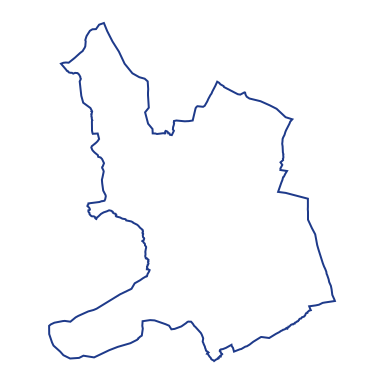 the district of Notodden nor, Telemark, Norway
{"feature_id": "86288312B98862303596044", "entity_name": "Notodden nor", "entity_type": "district", "adm_level": 2, "iso_a3": "NOR", "parent_name": "Norway", "parent_adm1": "Telemark", "projection": "mercator", "projection_center": [9.072, 59.692], "detail": "fine", "context": "isolated", "style": "outline", "palette": "blue", "viewbox_px": 384, "rotation_deg": 0, "n_neighbors": 0, "source": "geoboundaries", "source_scale": "gbopen_adm2", "svg_char_len": 5909}
<svg xmlns="http://www.w3.org/2000/svg" viewBox="0 0 384 384"><path d="M292.3,119.3L285.6,117.2L276.6,108.8L269.7,105.3L260.5,101.2L249.4,98.5L246.7,96.7L245.5,94.5L245.1,92.6L244.4,92.4L240.3,94.6L237.8,94.2L224.1,87.1L223.6,86.1L220.4,84.3L219.1,82.8L217.2,81.7L215.3,85.9L212.3,91.6L211.5,93.6L210.4,95.1L208.3,99.0L207.2,101.5L204.7,105.8L203.1,106.8L197.5,106.2L196.7,106.7L195.6,108.2L192.7,120.5L188.9,121.1L184.7,121.3L176.4,120.5L174.0,121.0L173.8,122.8L174.1,123.2L174.1,123.6L173.6,125.6L173.1,127.1L172.9,129.5L173.9,130.8L171.8,135.1L170.0,134.8L169.4,133.3L168.2,133.3L167.9,132.2L167.4,131.6L165.7,130.9L165.3,131.3L165.1,132.1L165.4,132.9L165.3,133.3L165.0,133.5L163.3,133.2L157.0,134.0L155.4,133.5L152.7,133.4L152.5,129.0L148.1,123.7L145.1,112.3L148.8,107.7L148.0,95.2L148.0,92.6L148.2,89.1L147.7,81.4L144.7,78.7L139.3,77.2L132.4,73.3L124.6,63.7L118.9,51.6L112.5,41.5L107.2,31.1L103.9,23.0L99.1,24.7L96.0,29.1L92.4,29.3L89.9,30.8L86.7,35.8L86.2,37.1L85.3,40.1L85.7,41.3L85.3,46.2L84.7,47.7L83.3,49.9L82.7,51.0L80.1,53.0L74.7,57.9L68.7,62.7L65.8,62.5L63.3,62.8L61.0,63.7L66.3,69.9L66.8,70.8L67.7,71.0L68.7,72.3L70.4,72.8L71.9,72.8L73.2,73.6L75.1,72.9L77.6,73.1L78.4,74.0L78.9,74.3L80.3,76.8L80.3,77.7L80.8,78.6L80.7,79.0L80.7,79.3L79.7,81.4L81.3,95.8L83.2,102.7L90.4,108.0L91.9,110.9L91.5,111.4L92.1,111.8L91.6,113.8L91.3,114.1L91.6,114.5L91.4,115.0L91.5,115.5L91.4,116.7L91.8,117.1L91.8,119.0L91.9,119.3L92.0,119.4L92.0,120.0L92.3,120.3L92.0,120.8L91.9,121.5L92.0,128.8L92.0,130.7L92.5,133.1L92.8,133.8L97.7,133.5L99.1,139.0L97.6,141.2L96.1,142.7L91.8,146.2L91.3,147.6L91.7,148.4L92.1,149.5L92.6,150.4L94.5,152.4L97.9,155.2L98.2,156.8L100.6,157.5L102.1,159.1L104.0,163.2L102.6,166.7L102.1,167.2L102.3,168.3L103.0,169.4L103.6,171.0L103.7,171.6L102.4,177.8L101.9,179.7L102.2,183.4L103.2,190.6L105.6,195.2L105.8,196.3L105.2,199.2L104.5,200.7L102.3,201.2L102.0,201.1L99.4,202.0L88.4,203.4L88.3,204.6L87.6,205.2L87.4,206.1L89.2,207.7L89.9,209.3L89.6,210.0L88.4,210.3L88.4,211.5L88.8,212.3L89.5,213.0L89.5,213.9L89.6,214.3L91.0,215.8L91.9,216.3L93.4,216.3L94.4,216.6L95.1,217.2L95.1,217.8L95.2,218.1L95.9,218.8L96.3,219.0L97.0,217.5L97.4,217.2L98.4,216.4L101.0,213.9L103.6,212.4L106.9,211.3L109.1,210.3L111.3,210.8L112.7,211.7L112.6,212.2L112.8,212.6L114.4,213.6L115.6,213.8L115.9,214.6L116.3,215.0L115.8,215.6L115.8,216.0L116.3,216.5L120.2,217.5L121.6,218.3L122.5,218.7L125.1,219.1L125.7,219.4L126.2,220.4L131.1,221.4L132.0,221.8L132.9,222.3L133.1,222.7L137.1,224.7L138.3,225.7L140.1,227.8L142.3,229.6L142.7,230.1L142.6,230.4L142.8,230.6L143.0,231.2L142.9,231.8L142.5,232.3L142.6,233.4L143.1,233.5L143.2,234.0L142.9,234.9L142.8,235.5L143.0,236.8L143.2,237.4L144.0,238.0L144.2,238.7L143.5,240.6L142.4,240.8L142.3,241.1L143.1,241.5L143.8,242.8L144.7,243.5L144.9,244.0L145.0,245.3L146.1,246.8L146.1,248.0L145.9,248.5L145.3,251.9L145.4,252.0L145.5,254.4L145.4,255.3L145.2,255.9L145.3,256.6L145.8,258.2L146.5,258.1L147.1,258.5L147.3,258.8L147.1,258.9L147.8,259.2L148.5,259.9L148.1,260.8L148.4,261.0L148.5,261.2L148.3,261.8L148.0,262.2L148.5,263.6L148.1,264.5L147.7,264.6L147.7,265.7L147.2,266.1L147.0,266.5L147.0,267.2L147.4,268.1L147.0,268.4L147.2,268.8L147.0,269.3L148.5,269.5L149.6,270.1L149.3,270.7L149.2,271.3L147.5,274.2L147.0,276.2L146.6,276.5L146.2,276.3L143.0,278.2L140.0,280.3L134.7,283.3L131.5,288.8L120.1,294.3L96.6,308.7L93.5,310.0L88.3,311.4L78.3,315.9L75.6,317.4L70.4,321.7L64.7,320.9L62.7,321.1L54.4,322.7L50.8,324.4L49.1,325.8L49.2,334.1L52.0,342.4L53.5,345.6L60.2,351.6L63.4,355.2L70.1,358.5L79.1,357.9L83.4,355.7L94.1,357.4L109.2,350.2L117.7,346.9L130.4,343.2L137.1,339.8L137.6,339.2L138.0,339.1L138.3,338.2L139.3,337.6L139.7,337.0L141.8,335.6L142.8,328.6L142.3,325.9L142.6,321.2L150.1,320.1L154.6,320.4L165.6,324.2L169.1,325.7L171.4,329.3L174.6,328.9L181.4,326.4L186.1,323.1L187.2,322.1L188.2,321.6L191.1,321.7L192.8,323.7L194.4,326.2L195.1,326.6L200.8,332.9L201.7,334.5L203.2,338.3L202.7,341.7L203.5,343.4L203.6,343.9L204.9,346.7L205.1,347.8L205.8,349.5L205.8,349.8L206.0,350.5L206.5,351.1L207.4,351.5L208.5,352.5L207.2,353.3L207.0,353.7L207.7,353.8L209.6,356.7L210.7,357.8L211.1,358.9L211.9,359.6L213.8,360.6L214.1,361.0L215.8,359.7L218.4,358.5L218.0,358.1L218.5,357.7L218.6,357.4L219.5,356.7L220.1,356.7L220.1,356.3L220.6,356.4L220.6,356.0L220.7,355.7L220.9,355.7L220.9,355.4L222.2,354.1L222.0,353.8L221.4,353.6L220.8,352.7L220.8,352.2L219.9,351.3L220.1,351.0L219.8,350.5L219.9,350.2L220.4,350.0L220.4,349.7L220.8,349.4L222.8,349.1L225.9,347.9L231.5,344.8L231.8,346.2L233.0,347.9L234.0,351.6L239.9,349.3L241.3,349.0L245.4,346.6L246.8,346.3L249.6,344.6L253.2,341.8L260.8,337.1L261.6,337.0L269.2,338.0L275.9,333.9L279.7,331.9L280.5,331.2L282.6,330.2L283.0,329.8L283.6,329.7L285.0,329.2L286.4,328.0L287.2,328.8L287.4,328.7L287.8,327.7L288.3,327.2L288.4,326.7L289.2,326.7L291.0,324.8L292.2,324.3L293.0,324.4L293.4,323.8L294.7,323.6L295.0,322.7L295.9,322.4L296.9,321.5L297.4,321.5L298.1,321.1L298.2,320.7L298.9,320.2L299.1,319.5L299.6,318.9L300.2,318.6L300.9,318.6L301.5,318.0L301.9,317.3L303.8,316.7L304.3,316.4L304.6,315.7L305.1,315.5L305.8,313.6L306.3,313.1L307.4,312.9L307.6,311.9L308.4,311.4L309.0,310.7L310.8,310.2L310.0,308.4L309.2,306.3L315.7,305.4L319.0,304.7L322.6,302.9L324.8,302.5L334.9,301.0L334.4,299.6L332.3,294.9L331.6,289.4L330.9,285.9L329.2,282.1L328.6,279.2L327.2,275.1L326.6,273.8L326.3,271.7L325.2,268.9L324.0,266.4L322.8,263.2L318.5,249.6L317.2,245.1L315.2,234.3L311.9,228.1L308.0,219.7L308.0,211.8L307.8,209.3L307.9,207.0L307.9,198.7L285.7,192.9L278.1,191.9L281.3,182.7L282.4,180.0L283.1,177.2L283.8,176.8L285.4,173.6L287.0,171.0L280.4,170.0L280.5,169.2L280.4,168.5L282.3,164.9L280.5,162.3L283.1,160.1L282.9,158.7L283.3,158.0L283.4,157.2L283.2,154.6L283.4,154.3L282.9,152.5L282.6,146.3L282.2,143.8L282.5,141.1L282.6,139.0L283.2,137.4L284.5,134.9L285.4,131.9L286.0,130.4L289.5,123.6L290.2,121.7L292.3,119.3Z" fill="none" stroke="#1e3a8a" stroke-width="2"/></svg>